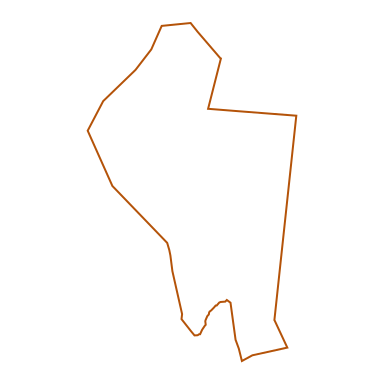 the district of Santiago Zoochila, Oaxaca, Mexico
{"feature_id": "50627088B50868088212733", "entity_name": "Santiago Zoochila", "entity_type": "district", "adm_level": 2, "iso_a3": "MEX", "parent_name": "Mexico", "parent_adm1": "Oaxaca", "projection": "natural_earth1", "projection_center": [-96.251, 17.216], "detail": "fine", "context": "isolated", "style": "outline", "palette": "amber", "viewbox_px": 384, "rotation_deg": 0, "n_neighbors": 0, "source": "geoboundaries", "source_scale": "gbopen_adm2", "svg_char_len": 743}
<svg xmlns="http://www.w3.org/2000/svg" viewBox="0 0 384 384"><path d="M287.3,347.6L274.5,320.2L274.4,320.1L296.3,115.7L239.6,111.3L208.1,108.8L220.9,58.5L220.4,58.3L197.7,31.9L190.6,23.0L161.7,25.9L151.3,49.4L135.5,69.9L103.2,101.1L87.7,130.7L112.4,186.0L167.2,242.9L169.3,250.1L170.4,255.5L172.4,271.2L182.1,314.1L181.5,319.1L191.1,331.3L194.5,335.4L196.6,335.3L197.7,335.2L199.2,334.2L200.1,334.2L202.1,329.8L204.7,325.9L205.7,324.8L205.3,321.3L205.5,320.3L207.3,316.1L208.8,314.5L209.1,312.6L209.6,311.6L211.2,310.4L214.1,307.4L215.7,305.5L216.7,305.5L219.2,302.6L220.5,302.0L225.3,301.6L226.8,300.0L230.5,302.7L235.6,340.0L235.8,340.4L238.8,348.6L241.9,361.0L252.4,355.3L287.3,347.6Z" fill="none" stroke="#b45309" stroke-width="2"/></svg>